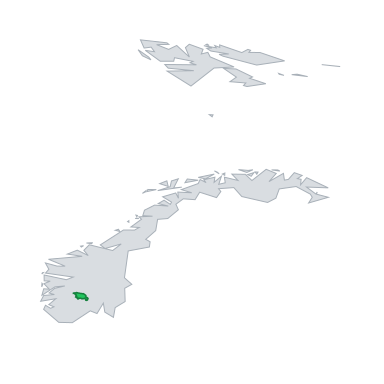 Tinn nor, Telemark, Norway (highlighted), rotated 9°
{"feature_id": "86288312B25517815255384", "entity_name": "Tinn nor", "entity_type": "district", "adm_level": 2, "iso_a3": "NOR", "parent_name": "Norway", "parent_adm1": "Telemark", "projection": "robinson", "projection_center": [8.504, 59.975], "detail": "fine", "context": "in_parent", "style": "filled", "palette": "green", "viewbox_px": 384, "rotation_deg": 9, "n_neighbors": 0, "source": "geoboundaries", "source_scale": "gbopen_adm2", "svg_char_len": 5570}
<svg xmlns="http://www.w3.org/2000/svg" viewBox="0 0 384 384"><g transform="rotate(9 192 192)"><path d="M232.6,181.1L217.7,184.6L220.4,187.0L217.1,193.7L199.6,191.0L196.2,199.1L184.5,200.1L178.0,206.6L181.3,211.7L172.2,222.0L162.3,224.4L162.2,235.8L153.7,246.0L158.4,247.7L158.5,253.0L138.2,260.2L138.7,287.3L147.0,292.6L140.6,297.6L143.1,310.6L134.2,318.2L134.0,328.1L124.7,324.3L121.8,315.6L117.2,326.9L110.1,325.3L94.2,339.8L80.8,341.6L63.8,331.1L65.0,326.8L70.5,329.0L73.6,327.0L68.2,325.6L74.2,318.7L59.6,323.6L61.7,317.4L72.1,314.8L66.6,314.1L71.4,308.7L81.1,304.7L71.5,307.1L59.9,317.5L60.7,310.8L66.2,310.3L60.1,305.7L65.9,302.2L59.9,302.9L58.9,297.1L81.6,298.3L88.0,294.6L60.0,295.0L62.7,290.7L58.3,285.0L70.4,286.3L78.3,285.1L60.8,280.9L93.6,272.7L78.6,272.8L87.8,267.4L99.4,271.0L94.3,266.5L98.8,260.2L122.8,262.2L130.2,254.4L115.0,261.4L109.7,258.6L130.2,240.3L141.2,238.6L145.4,235.3L137.1,236.1L146.4,226.8L143.6,224.8L156.8,222.1L147.1,223.0L147.9,217.4L157.1,210.8L170.8,209.6L160.5,208.7L165.7,204.5L172.5,207.6L173.4,205.2L163.8,201.3L176.1,195.5L179.6,200.3L178.0,194.3L191.9,192.8L181.1,191.3L196.8,182.7L198.1,178.4L204.4,180.5L201.7,178.1L212.3,173.8L212.3,179.0L218.6,171.8L217.2,180.2L223.4,177.7L221.7,172.3L235.6,173.4L228.6,168.1L241.9,166.2L249.4,171.3L261.7,158.0L272.3,160.5L266.4,169.7L279.4,159.3L281.4,165.8L285.2,164.5L290.0,156.9L298.2,158.4L294.0,162.3L297.8,162.4L298.1,167.9L303.0,159.9L325.9,166.6L304.3,169.2L314.6,174.6L327.5,175.9L308.9,184.6L311.6,178.4L309.2,175.6L294.0,170.3L277.7,175.3L275.8,185.0L268.3,190.5L241.9,188.7L232.6,181.1ZM166.2,46.5L180.6,49.3L179.6,54.2L185.8,51.6L188.8,55.7L214.0,61.9L194.4,66.1L174.4,87.5L148.5,76.5L174.8,71.9L149.1,73.4L145.2,70.3L176.5,65.7L169.8,64.7L172.6,62.8L153.7,62.1L153.5,65.7L140.2,67.8L123.7,59.4L133.0,59.3L129.0,55.3L122.2,57.3L117.3,49.8L143.9,48.6L146.0,49.8L134.0,52.0L146.6,54.8L154.0,49.7L168.3,59.1L162.9,50.4L166.2,46.5ZM196.3,42.4L219.4,46.5L224.9,42.4L227.7,42.9L226.4,45.2L237.4,43.6L263.0,48.0L236.0,56.5L201.4,53.0L197.2,51.8L206.7,49.9L188.5,49.8L184.1,47.8L189.2,46.6L180.8,45.6L193.4,45.8L191.6,43.8L196.8,44.8L196.3,42.4ZM216.2,63.6L233.8,68.9L231.1,70.7L248.0,73.5L229.8,79.2L226.2,78.8L228.1,75.9L212.2,77.1L217.9,71.6L204.0,65.0L216.2,63.6ZM173.2,190.9L181.2,188.8L157.9,196.0L169.6,190.2L170.0,184.3L176.4,181.1L173.2,190.9ZM185.3,179.9L196.3,179.4L183.6,183.9L185.3,179.9ZM195.9,176.6L211.2,170.8L203.3,176.9L195.9,176.6ZM116.5,59.9L128.1,65.5L130.8,67.9L121.7,65.2L116.5,59.9ZM165.4,184.9L167.6,190.2L158.8,188.8L165.4,184.9ZM248.7,160.5L243.1,164.1L234.4,162.6L244.1,161.9L248.7,160.5ZM250.2,163.1L248.0,167.2L244.2,166.1L250.2,163.1ZM148.0,196.4L156.4,195.2L147.3,198.7L148.0,196.4ZM318.1,45.0L300.2,45.9L318.7,44.9L318.1,45.0ZM277.4,59.2L288.2,59.9L272.1,60.5L277.4,59.2ZM267.1,157.7L273.3,156.8L275.5,157.6L267.1,157.7ZM254.1,162.0L253.2,164.3L251.2,162.3L254.1,162.0ZM221.5,168.1L221.7,170.4L219.2,169.5L221.5,168.1ZM200.7,112.5L200.1,114.6L197.0,112.9L200.7,112.5ZM264.6,62.4L259.7,62.1L259.0,61.3L264.6,62.4ZM125.2,240.3L126.9,242.3L122.2,241.8L125.2,240.3ZM210.8,167.6L214.0,168.5L216.0,169.8L210.8,167.6ZM183.8,43.5L186.0,44.6L182.8,44.2L183.8,43.5ZM101.1,258.7L95.7,258.9L101.4,257.7L101.1,258.7ZM93.3,262.0L91.3,263.7L90.4,262.9L93.3,262.0ZM146.0,199.2L143.2,201.1L146.2,198.0L146.0,199.2ZM59.1,306.5L58.4,309.2L58.1,305.6L59.1,306.5ZM141.4,225.2L140.2,223.6L141.8,223.7L141.4,225.2ZM315.7,172.4L315.3,174.3L315.0,174.0L315.7,172.4ZM143.0,226.7L139.9,227.0L143.6,226.3L143.0,226.7ZM134.1,230.2L134.4,231.8L133.0,231.3L134.1,230.2ZM57.9,294.8L56.5,296.5L56.9,295.1L57.9,294.8Z" fill="#d9dde1" stroke="#a8b0b8" stroke-width="1"/><path d="M105.7,314.1L105.8,313.9L105.8,313.6L105.7,313.6L105.9,313.3L105.8,313.2L105.7,313.2L105.3,313.0L105.1,312.9L104.9,312.8L104.9,312.7L104.3,312.7L104.1,312.5L104.0,312.4L103.9,312.3L103.7,312.4L103.5,312.2L103.6,311.9L103.5,311.7L103.5,311.4L103.5,311.2L103.4,311.1L103.3,310.9L103.2,310.8L103.2,310.7L102.1,310.1L101.8,309.9L101.7,309.9L101.4,309.8L101.1,309.6L100.5,309.4L99.8,309.6L99.4,309.6L98.8,309.5L97.9,309.7L97.5,309.6L96.7,309.5L95.8,309.6L95.6,309.6L94.7,309.4L94.2,309.4L94.3,309.4L94.4,309.5L94.5,309.6L94.3,309.6L94.2,309.5L94.1,309.4L93.9,309.4L93.8,309.5L93.7,309.4L93.5,309.5L93.4,309.5L93.2,309.7L92.6,309.9L91.5,310.1L90.7,310.4L90.7,310.5L90.8,310.5L91.0,310.5L91.0,310.4L91.0,310.5L91.2,310.4L91.3,310.5L91.5,310.5L91.8,310.6L92.0,310.7L92.0,310.8L92.2,311.0L92.3,311.0L92.5,311.1L92.6,311.3L92.8,311.5L93.0,311.5L93.3,311.6L93.5,311.5L93.7,311.8L93.4,312.1L93.5,312.2L93.8,312.3L94.1,312.7L94.3,312.9L94.4,313.0L94.5,313.1L94.3,313.6L94.2,313.7L94.3,313.7L94.2,313.7L94.3,313.8L94.2,313.8L94.3,313.9L94.2,313.9L94.3,313.9L94.3,314.0L94.2,314.3L95.0,314.6L95.4,314.8L95.5,314.7L95.3,314.6L95.6,314.5L95.8,314.6L96.0,314.6L95.9,314.8L95.5,314.8L95.6,315.0L95.8,315.4L96.1,315.3L96.3,315.3L96.5,315.3L96.5,315.2L96.9,314.9L97.1,314.8L97.3,314.7L97.5,314.6L97.8,314.5L98.0,314.4L98.4,314.3L98.5,314.3L98.8,314.3L99.0,314.4L99.1,314.5L99.4,314.5L99.6,314.7L99.8,314.7L100.0,314.6L100.4,314.5L100.6,314.5L100.8,314.6L101.0,314.5L100.9,314.4L101.0,314.3L101.3,314.4L101.5,314.4L101.9,314.2L102.0,314.2L102.2,313.9L102.3,313.8L102.4,313.7L102.5,313.7L102.8,313.8L103.1,314.1L103.3,314.3L103.5,314.5L103.8,314.6L103.9,314.8L103.9,315.1L103.9,315.4L104.0,315.5L104.3,315.6L104.5,315.6L104.6,315.4L104.9,315.4L105.1,315.4L105.2,315.2L105.3,315.1L105.5,315.1L105.6,314.9L105.8,314.7L105.8,314.4L105.8,314.2L105.7,314.2L105.7,314.1Z" fill="#22c55e" stroke="#15803d" stroke-width="1.5"/></g></svg>